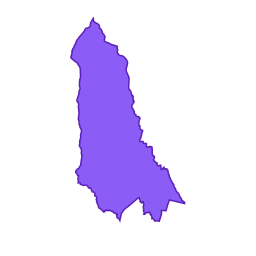 the district of Buhera, Manicaland, Zimbabwe, rotated 202°
{"feature_id": "62879985B49874859197959", "entity_name": "Buhera", "entity_type": "district", "adm_level": 2, "iso_a3": "ZWE", "parent_name": "Zimbabwe", "parent_adm1": "Manicaland", "projection": "equal_earth", "projection_center": [31.813, -19.506], "detail": "fine", "context": "isolated", "style": "filled", "palette": "violet", "viewbox_px": 256, "rotation_deg": 202, "n_neighbors": 0, "source": "geoboundaries", "source_scale": "gbopen_adm2", "svg_char_len": 5764}
<svg xmlns="http://www.w3.org/2000/svg" viewBox="0 0 256 256"><g transform="rotate(202 128 128)"><path d="M201.3,216.8L201.8,213.8L202.0,211.4L201.9,210.4L201.3,208.9L201.3,207.6L201.8,206.9L203.1,205.5L204.4,204.5L204.8,203.5L204.7,202.3L205.3,200.0L205.5,199.5L205.9,197.7L206.2,197.2L207.2,194.4L207.2,194.5L207.5,192.7L208.2,190.5L208.4,188.7L208.3,186.4L208.6,184.0L208.4,182.8L208.5,182.0L208.8,181.1L208.8,180.1L208.6,179.3L208.8,178.8L208.8,178.3L208.1,177.0L207.7,174.6L207.6,172.8L207.2,171.8L206.7,171.4L204.5,170.8L202.9,170.1L199.3,169.5L199.0,168.9L198.5,168.6L197.9,168.0L196.0,166.8L195.2,166.1L194.1,164.3L192.4,160.3L192.0,159.8L191.5,158.2L191.1,157.4L190.9,156.2L190.9,154.7L190.1,152.5L189.9,151.5L189.3,150.3L189.2,149.7L188.4,148.2L187.6,147.4L187.2,146.8L187.2,143.9L186.5,141.9L186.2,140.3L186.0,136.0L185.6,134.0L183.3,132.4L182.7,131.5L182.3,130.5L182.0,129.2L181.4,127.9L180.8,127.3L180.3,125.8L179.1,123.8L178.2,120.8L178.1,119.8L177.5,118.3L177.4,117.7L176.9,117.0L175.5,115.3L175.1,114.5L174.7,113.0L174.1,112.4L173.3,111.9L172.6,110.4L170.7,109.3L170.5,108.4L170.0,107.7L169.7,106.5L169.4,103.9L168.3,101.6L168.0,99.4L168.1,98.7L167.8,97.6L167.7,97.0L167.4,96.9L167.1,96.3L166.5,93.2L165.6,92.8L164.6,91.7L163.8,91.5L163.2,90.5L162.5,89.6L162.0,87.2L160.6,85.6L160.5,84.8L159.6,83.1L159.5,81.5L159.2,80.5L158.9,79.5L158.5,77.3L158.0,76.4L157.8,75.8L158.2,74.8L158.5,73.4L158.4,72.7L158.5,72.1L159.8,70.6L160.1,69.3L160.2,68.5L160.3,68.3L159.6,66.9L158.7,66.7L157.8,66.0L156.9,65.1L155.9,65.2L155.5,62.3L154.4,60.6L153.6,58.4L153.4,58.6L152.1,59.3L151.9,59.3L151.3,58.1L150.9,57.9L150.2,58.0L149.7,58.3L148.9,58.0L147.9,58.0L146.3,59.1L145.9,59.3L145.1,59.3L143.8,59.1L142.2,57.7L141.9,57.8L141.5,58.3L140.6,57.8L140.3,57.8L139.8,58.1L139.5,57.6L137.2,55.4L136.7,55.8L136.4,55.8L134.9,55.4L134.4,55.1L133.9,54.4L133.6,52.9L133.4,52.7L131.8,52.5L131.0,51.9L130.6,51.3L130.8,50.0L129.9,49.1L129.6,48.0L129.3,47.8L128.7,47.9L128.6,47.7L128.4,46.5L127.8,46.0L127.0,45.7L125.6,43.4L125.0,43.0L123.2,42.7L122.0,42.2L120.9,42.1L120.0,41.3L119.2,41.0L118.7,41.6L118.3,41.6L118.4,42.7L117.9,42.9L117.3,43.3L117.4,43.9L117.3,44.0L116.4,44.0L115.9,43.8L115.2,44.0L114.4,44.9L114.0,44.8L113.2,44.9L112.3,44.6L111.4,44.9L111.1,44.6L110.9,44.6L110.7,44.8L110.3,44.5L109.5,44.4L108.9,43.9L107.6,44.5L107.2,44.5L106.9,44.3L106.6,43.7L106.1,44.1L105.5,44.0L105.5,43.8L105.9,43.3L105.7,42.7L105.3,42.4L105.0,41.3L104.4,40.8L104.2,40.6L103.2,40.6L102.7,40.3L101.7,40.3L101.2,39.5L100.9,39.2L102.1,46.0L101.1,50.6L99.8,53.2L98.5,55.2L92.5,66.8L92.1,67.3L91.4,67.5L91.1,67.3L90.5,66.0L89.8,65.8L89.4,65.4L89.4,64.5L89.2,64.2L88.9,64.1L88.4,64.3L88.0,64.2L87.6,63.8L87.2,63.7L87.1,64.0L87.0,64.7L86.6,65.3L86.3,65.3L85.2,63.6L84.6,62.9L84.4,62.0L84.5,61.1L84.3,60.4L83.5,59.3L82.7,57.3L81.2,55.4L81.0,54.7L81.1,54.0L80.3,54.2L80.3,54.6L79.9,54.9L79.6,55.8L79.0,56.6L77.8,56.9L77.1,57.9L76.4,58.0L75.9,57.3L75.3,57.1L75.1,56.5L74.8,56.3L74.6,55.9L74.3,55.9L74.3,56.5L73.9,56.4L72.9,54.8L72.4,54.5L72.2,54.2L72.2,53.3L71.9,52.8L71.5,53.0L71.2,53.3L70.6,53.3L69.6,52.8L68.5,51.8L68.1,51.8L67.9,51.9L67.7,52.4L67.3,52.6L66.8,52.6L65.9,53.0L64.1,53.2L64.6,60.1L66.0,64.2L61.8,65.5L62.5,72.1L62.5,74.1L62.7,76.8L47.2,79.2L47.5,79.7L47.8,80.4L48.2,80.5L49.2,80.3L50.0,81.1L51.1,81.2L51.7,82.0L52.8,83.0L54.3,83.7L55.4,85.2L56.6,86.2L57.6,86.8L59.2,87.2L59.9,87.7L60.8,89.0L61.3,89.5L63.6,91.0L64.1,92.2L64.5,92.8L65.5,93.2L66.5,94.1L67.3,94.5L67.6,94.9L69.4,96.3L70.0,97.4L70.8,97.7L72.3,99.7L73.1,100.5L73.3,100.9L74.7,102.8L75.0,103.5L75.3,103.7L75.8,103.8L76.4,104.5L77.0,104.6L78.9,103.7L79.2,104.3L79.7,104.9L79.9,105.1L80.0,105.0L80.2,104.9L80.4,103.8L80.9,102.4L81.2,101.9L81.4,101.9L82.0,102.3L82.5,103.6L83.7,105.7L84.1,105.7L85.9,104.2L86.2,104.2L86.6,104.3L87.5,104.9L87.6,105.2L87.5,105.7L87.6,106.1L87.9,106.4L88.6,106.6L89.3,106.5L89.8,106.6L90.5,107.1L91.8,107.4L92.4,108.1L92.3,110.1L92.6,111.2L93.2,111.6L93.6,111.7L93.9,111.5L94.2,111.9L95.4,112.2L95.9,113.1L96.1,113.8L97.0,115.8L97.4,117.2L97.9,117.6L98.3,118.9L98.7,119.3L99.0,119.4L100.0,118.8L100.3,118.8L100.5,119.2L100.9,119.1L101.1,118.9L101.2,118.4L101.5,118.2L102.3,118.1L103.4,117.5L103.7,117.5L103.9,117.7L104.3,118.4L104.6,119.5L104.9,120.2L105.2,120.5L106.6,120.0L107.6,119.4L107.9,119.5L108.4,120.6L108.9,121.0L109.9,121.0L111.5,120.0L112.3,120.1L112.6,120.8L112.7,121.4L112.7,121.8L112.4,122.4L112.5,123.1L112.5,124.7L112.9,125.7L112.8,126.6L113.3,128.1L113.3,130.4L113.4,131.1L116.1,131.4L117.0,132.2L117.6,134.3L117.9,134.5L119.0,134.5L120.2,137.9L120.5,139.9L120.5,141.4L121.0,142.1L123.2,142.5L123.5,142.1L123.8,142.0L124.5,141.9L125.1,142.1L125.3,142.3L125.7,143.3L127.2,143.5L127.9,143.9L127.9,145.0L128.5,145.9L129.4,146.3L131.2,148.2L132.2,148.4L132.5,148.7L132.8,150.5L132.2,153.8L132.2,154.9L132.4,155.1L133.0,155.0L133.5,155.3L133.7,155.6L133.6,156.3L133.8,156.7L134.6,157.0L134.8,157.2L134.9,157.5L134.7,158.8L134.9,159.1L135.6,159.7L136.5,159.9L136.9,160.3L136.9,160.1L139.4,163.3L140.6,164.0L141.9,164.5L142.4,165.1L142.6,166.2L143.1,167.1L145.0,172.8L146.0,175.2L150.1,179.2L151.1,180.5L151.5,180.9L151.7,181.6L152.2,184.8L152.3,184.7L152.3,186.1L152.8,188.2L153.3,189.2L153.8,189.7L155.8,191.3L156.3,191.3L158.0,192.3L159.4,192.7L160.3,192.7L161.2,192.6L162.8,192.1L164.1,192.4L164.7,193.2L165.6,193.3L165.9,193.5L166.2,193.8L166.9,196.6L167.3,197.3L167.8,197.6L168.2,198.5L168.2,199.2L168.6,199.7L170.3,199.7L170.7,199.6L174.8,199.2L178.0,199.6L181.2,199.4L182.0,199.6L182.6,200.1L182.8,200.6L183.5,203.9L183.8,204.4L185.7,205.7L187.0,206.3L187.9,207.5L189.9,209.4L191.5,209.9L192.1,210.4L192.8,212.0L193.9,212.9L195.3,213.3L196.8,213.3L198.3,213.5L199.8,214.2L200.5,215.0L201.0,216.5L201.3,216.8Z" fill="#8b5cf6" stroke="#5b21b6" stroke-width="1.5"/></g></svg>